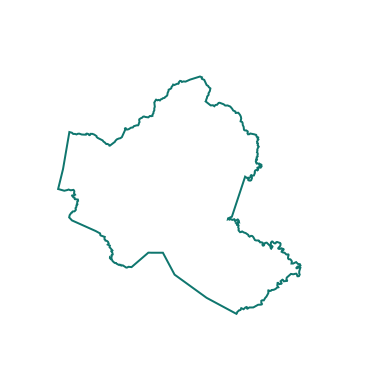 La Pintada, Coclé, Panama (orthographic projection), rotated 123°
{"feature_id": "35544464B73573459744927", "entity_name": "La Pintada", "entity_type": "district", "adm_level": 2, "iso_a3": "PAN", "parent_name": "Panama", "parent_adm1": "Coclé", "projection": "orthographic", "projection_center": [-80.565, 8.715], "detail": "fine", "context": "isolated", "style": "outline", "palette": "teal", "viewbox_px": 384, "rotation_deg": 123, "n_neighbors": 0, "source": "geoboundaries", "source_scale": "gbopen_adm2", "svg_char_len": 6037}
<svg xmlns="http://www.w3.org/2000/svg" viewBox="0 0 384 384"><g transform="rotate(123 192 192)"><path d="M109.2,223.5L108.6,229.9L107.8,229.9L106.7,230.4L104.9,230.7L103.6,231.3L102.1,231.0L101.4,231.0L100.3,231.9L97.7,232.0L95.1,233.0L94.9,235.0L94.3,236.1L94.3,238.0L91.3,242.8L91.7,245.4L91.2,245.9L90.4,246.1L90.8,248.2L98.9,254.9L102.9,257.5L104.0,259.5L105.2,260.4L104.9,261.6L105.3,262.5L107.1,262.8L108.1,262.3L108.7,262.4L109.2,263.3L111.8,265.0L112.2,266.3L113.2,266.1L114.8,266.4L116.4,265.9L117.9,266.6L118.9,267.3L120.2,266.7L122.2,266.4L124.1,265.5L125.2,265.5L127.2,266.3L128.0,266.3L129.4,267.6L130.3,267.8L131.5,268.7L132.7,268.8L132.9,270.1L133.9,270.9L134.1,272.4L135.3,272.5L136.3,272.3L137.4,272.4L140.8,269.6L142.4,269.2L144.0,268.1L145.8,267.9L147.1,267.2L148.6,267.3L149.7,266.6L150.4,267.2L151.2,268.7L153.2,269.3L154.4,271.8L154.8,273.4L155.6,274.1L156.8,274.3L158.2,275.2L159.8,275.8L160.7,275.3L161.9,274.1L163.3,274.0L164.4,273.5L165.4,273.5L166.2,274.7L168.5,276.6L170.1,276.8L171.3,278.2L173.8,279.3L174.9,280.3L175.2,280.8L174.6,282.4L175.0,282.8L175.4,282.8L176.3,281.9L184.2,280.7L185.9,281.4L187.0,282.5L188.8,283.7L190.7,284.1L191.9,284.0L197.8,286.1L198.1,286.5L197.6,287.3L197.7,289.0L198.4,289.9L198.4,290.5L198.0,291.8L197.9,293.8L197.4,295.1L198.0,300.6L197.8,301.9L197.1,302.6L197.1,305.3L197.5,307.2L198.5,308.8L199.6,308.6L200.1,308.9L200.2,309.6L199.9,310.8L200.3,312.0L200.8,312.4L201.5,312.1L201.9,312.5L203.8,315.7L204.5,318.4L205.4,319.5L206.6,320.2L207.0,321.7L208.0,323.2L207.7,325.0L208.5,327.5L242.9,312.7L262.4,305.9L260.5,299.8L258.1,297.5L257.2,296.9L256.6,294.6L254.8,292.6L255.0,291.7L255.6,291.0L257.4,290.2L258.0,288.6L259.1,289.2L260.1,290.6L260.4,290.6L261.1,288.4L260.7,287.5L261.8,286.4L260.5,283.6L261.5,282.7L262.6,283.0L264.1,282.0L264.8,282.0L265.0,281.4L265.6,281.6L266.0,281.3L266.4,281.5L267.7,280.8L269.0,280.9L269.4,280.3L270.2,279.7L271.0,279.9L271.4,279.8L272.4,280.2L273.1,281.3L273.8,281.6L274.5,281.4L275.3,281.9L278.0,282.0L280.2,281.2L281.2,277.2L277.2,251.6L276.8,246.5L278.0,245.5L278.2,245.0L277.2,240.7L278.0,240.5L279.4,239.5L279.4,238.7L279.9,238.1L279.4,236.8L279.5,235.4L280.6,233.8L282.0,234.0L281.7,231.7L283.1,231.2L284.4,226.8L284.9,226.8L285.3,227.5L285.6,227.5L286.5,225.5L287.5,224.5L287.9,224.5L288.5,225.0L289.1,225.0L289.8,224.2L290.9,223.9L291.3,223.5L291.6,223.7L291.5,225.2L292.1,224.9L292.6,223.3L292.3,222.4L293.2,220.9L293.6,218.3L292.9,217.0L293.2,216.4L293.0,213.7L292.4,213.2L292.5,212.3L291.9,212.0L292.1,211.0L291.2,210.1L291.2,206.0L290.7,205.3L289.3,204.5L287.9,201.8L266.7,195.6L258.8,183.3L270.8,161.6L272.8,122.1L270.0,88.4L269.4,88.3L267.8,88.7L266.4,88.2L265.8,88.2L264.6,87.1L262.6,87.4L262.2,84.9L259.7,84.3L258.7,83.5L258.9,82.9L259.7,82.4L259.6,81.9L257.6,81.0L255.4,77.7L250.5,75.1L249.0,72.9L248.3,72.3L247.8,72.3L247.1,73.6L245.5,74.6L244.5,74.1L243.8,72.8L240.7,72.9L239.3,72.6L235.3,72.9L233.0,74.4L232.7,74.1L232.9,73.2L232.7,72.8L231.6,71.9L230.9,71.9L229.6,70.3L228.6,69.6L227.5,69.0L226.0,68.7L224.9,67.7L223.9,69.6L221.6,70.7L221.3,70.3L221.7,68.6L220.3,67.1L219.8,67.1L218.6,69.1L216.3,68.4L216.2,67.9L216.9,66.4L214.8,63.9L214.3,64.1L213.9,65.2L212.2,65.9L206.8,64.4L205.9,62.3L204.3,60.8L203.7,60.0L204.0,59.2L205.2,57.7L204.9,57.1L204.3,56.5L202.6,56.7L201.7,57.9L200.0,58.9L196.4,59.9L196.4,60.9L198.8,62.4L199.0,62.8L198.8,63.1L197.1,62.9L195.5,61.4L194.6,61.0L193.8,62.2L194.6,63.9L194.1,66.5L197.0,68.3L197.8,69.6L195.8,70.5L195.3,71.4L194.9,72.8L195.7,74.4L195.3,75.3L194.3,76.0L192.2,76.7L191.9,77.2L193.0,78.9L192.5,81.3L193.2,82.8L193.3,84.3L191.9,84.6L191.7,84.1L190.9,83.8L190.2,83.9L190.0,84.3L190.6,86.5L191.8,87.2L192.4,88.2L192.4,88.9L191.9,89.1L189.6,88.7L188.6,88.8L187.2,89.5L186.8,90.3L187.6,93.5L188.3,94.0L189.5,94.0L190.0,94.5L190.2,95.5L189.7,97.5L190.2,98.1L191.5,98.2L193.1,97.3L194.0,96.3L194.0,95.8L193.7,95.2L194.0,94.7L196.4,94.7L196.4,95.1L194.7,97.0L193.8,101.7L194.2,102.3L195.5,103.2L197.3,102.6L198.0,102.8L198.3,103.3L198.0,104.1L197.5,104.4L196.6,104.4L196.1,105.3L196.2,106.0L197.1,107.5L196.8,107.8L196.8,109.0L196.4,109.2L196.4,109.8L197.8,112.0L198.0,113.1L196.4,116.1L196.1,117.4L196.6,118.6L198.1,119.4L198.0,120.6L197.3,121.5L197.2,124.6L197.7,126.4L197.8,128.5L198.8,129.0L199.5,129.8L198.9,131.9L198.4,132.4L197.4,132.7L196.3,134.2L194.8,134.6L194.7,135.3L195.1,136.4L194.2,137.3L194.1,137.9L193.6,137.5L193.4,136.3L192.4,137.3L191.7,137.1L191.6,136.2L190.7,137.0L190.1,138.4L190.2,138.8L191.7,139.4L192.1,140.1L192.9,140.0L192.7,140.7L191.9,141.3L191.8,141.7L193.5,143.1L193.5,144.3L194.2,145.2L194.8,145.6L194.4,146.7L195.2,147.1L194.5,147.4L191.0,145.1L150.2,155.8L150.3,153.0L149.4,152.7L149.2,151.7L150.8,151.7L151.3,151.4L151.4,150.9L150.9,149.5L149.9,148.8L147.6,149.3L146.5,150.4L147.5,150.7L147.7,151.1L146.9,151.6L145.7,151.6L145.5,151.4L145.7,150.5L144.4,149.1L141.6,149.7L141.2,150.3L139.7,150.7L137.6,149.7L138.1,148.9L137.7,148.7L136.8,149.0L135.9,150.3L135.6,150.1L134.2,147.7L132.8,147.6L132.6,148.2L133.0,149.4L132.6,149.3L131.8,148.3L131.4,148.6L131.4,149.8L132.1,150.7L131.7,151.2L132.2,151.7L132.3,152.9L132.9,153.3L132.4,154.3L131.9,154.6L131.4,155.3L130.5,155.3L129.9,155.9L129.6,155.7L129.6,155.1L129.4,155.1L128.5,156.3L127.9,156.3L127.5,156.7L126.4,156.3L125.5,157.2L124.3,157.5L123.5,158.4L123.4,159.1L121.7,159.6L121.3,160.2L119.5,160.7L117.8,160.7L117.8,161.3L117.0,161.8L117.0,162.4L115.4,163.1L115.5,164.0L114.8,164.3L114.4,164.9L112.0,165.0L112.1,165.4L111.5,165.5L111.4,166.0L110.2,166.2L110.2,166.8L110.6,167.0L110.4,167.9L109.2,169.2L109.2,169.7L109.5,170.0L109.6,170.9L111.2,175.0L112.2,175.3L113.1,176.4L112.6,177.4L111.1,178.0L110.8,178.5L110.8,180.0L111.5,181.0L111.5,182.3L109.2,184.2L108.2,185.9L106.6,187.1L106.0,188.1L106.3,189.7L103.5,190.8L102.1,192.2L101.2,193.7L100.3,196.3L101.9,198.4L100.9,199.5L101.2,201.9L100.3,203.7L99.5,206.4L100.0,209.2L101.4,211.2L101.2,213.3L102.1,217.4L102.8,218.2L105.2,218.5L106.2,219.7L107.9,220.0L107.8,221.6L109.2,223.5Z" fill="none" stroke="#0f766e" stroke-width="2"/></g></svg>